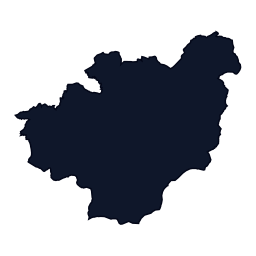 the district of Valea Lunga, Dâmbovita, Romania
{"feature_id": "2599482B2007717894354", "entity_name": "Valea Lunga", "entity_type": "district", "adm_level": 2, "iso_a3": "ROU", "parent_name": "Romania", "parent_adm1": "Dâmbovita", "projection": "orthographic", "projection_center": [25.56, 45.063], "detail": "fine", "context": "isolated", "style": "filled", "palette": "ink", "viewbox_px": 256, "rotation_deg": 0, "n_neighbors": 0, "source": "geoboundaries", "source_scale": "gbopen_adm2", "svg_char_len": 5628}
<svg xmlns="http://www.w3.org/2000/svg" viewBox="0 0 256 256"><path d="M138.6,223.4L139.0,221.8L140.0,220.4L141.0,218.4L144.4,215.1L150.9,213.1L152.8,211.4L155.4,209.9L159.2,209.5L159.8,208.7L160.6,206.4L160.8,205.1L161.4,203.5L161.8,201.4L162.1,199.7L161.6,195.6L162.4,191.9L163.6,189.4L165.1,187.6L167.1,185.8L167.8,185.6L168.0,183.8L171.0,180.4L175.0,180.3L178.2,177.6L182.7,173.1L185.9,170.7L189.9,168.8L192.2,168.4L196.0,168.4L197.7,168.9L199.2,168.7L199.7,169.1L203.6,170.0L204.6,169.7L205.1,167.5L205.5,166.8L207.2,165.8L209.0,162.8L210.2,161.7L210.4,160.4L210.8,159.9L209.0,154.3L207.4,151.9L211.7,149.6L213.2,149.1L213.5,148.6L214.6,148.1L215.0,147.6L214.9,146.9L216.3,146.6L216.7,145.5L217.4,144.9L218.5,143.1L218.3,141.8L218.6,141.3L218.5,140.1L218.6,139.4L218.4,137.9L218.8,137.0L218.5,136.2L219.2,135.7L219.6,135.0L220.3,134.6L220.4,134.2L219.8,133.5L219.8,132.7L220.3,130.1L221.0,128.9L217.9,125.0L218.4,123.7L218.5,122.2L218.9,121.6L219.1,120.4L220.0,118.9L220.0,115.1L221.6,113.7L222.4,112.5L222.5,112.1L223.3,111.3L224.0,109.6L225.3,108.7L225.7,107.1L227.2,105.9L226.3,105.0L225.4,103.3L225.3,100.3L226.0,97.6L226.8,96.5L226.4,95.0L227.3,93.6L228.0,90.1L224.4,86.7L224.5,85.8L223.2,84.6L223.5,83.7L223.4,82.7L222.3,81.1L217.9,78.4L219.0,77.2L219.2,75.9L220.8,74.9L222.6,74.4L223.2,73.6L224.9,72.7L227.7,71.8L232.9,72.0L235.2,73.8L236.2,74.0L236.9,73.7L238.4,72.1L239.8,69.9L240.4,68.3L240.6,67.2L240.2,64.5L238.9,63.0L238.2,61.6L238.3,60.8L238.1,59.8L237.0,56.7L235.5,55.4L235.2,54.2L233.6,53.4L232.8,52.4L232.9,50.1L233.7,47.5L232.6,44.2L232.2,40.3L231.4,40.2L229.2,38.8L228.2,38.5L226.5,38.5L225.4,37.8L223.0,37.6L221.7,36.5L219.3,36.3L217.6,36.7L216.1,36.3L216.2,35.9L218.2,33.8L217.7,32.7L216.3,31.9L216.4,32.6L216.1,33.0L215.3,32.4L214.6,32.6L213.1,33.5L212.1,34.5L211.2,34.8L210.8,35.3L207.8,36.5L207.0,37.5L206.4,37.5L204.9,36.4L203.8,36.4L202.9,36.1L201.7,36.5L200.7,35.4L197.9,35.9L195.6,36.8L195.8,37.8L195.6,38.3L194.1,38.3L192.3,39.9L190.9,40.5L190.6,42.4L190.2,42.9L187.7,44.9L186.2,46.9L183.7,49.2L183.5,50.0L184.6,52.6L184.4,53.3L181.9,55.4L181.5,56.3L181.6,58.0L181.3,58.8L174.9,65.5L172.8,67.4L170.8,68.6L170.1,68.5L166.9,66.2L164.2,64.9L160.4,64.2L159.3,62.7L157.8,61.6L156.4,59.5L156.3,58.0L155.3,56.6L154.5,56.4L152.0,57.1L149.3,57.2L149.0,58.9L148.3,58.9L143.8,57.1L141.9,56.7L141.8,57.5L142.0,58.4L141.2,59.1L141.0,59.5L141.7,60.4L141.8,60.8L140.4,59.9L138.0,59.1L137.5,59.5L137.4,60.9L137.1,61.7L132.8,62.0L131.1,61.7L124.1,61.6L120.8,64.7L121.1,62.4L121.2,58.9L120.8,58.4L120.2,56.7L118.9,54.3L119.0,52.8L118.4,52.3L116.9,51.8L115.1,51.6L114.3,52.0L111.4,52.2L110.0,52.9L109.0,54.3L108.0,54.5L104.7,54.1L103.9,53.7L103.1,52.6L102.7,52.7L101.3,53.7L97.3,55.1L94.5,58.0L94.4,58.3L94.6,59.6L95.2,62.1L95.6,63.3L95.1,63.6L95.0,64.0L94.4,64.1L93.9,64.8L93.1,65.1L92.6,66.2L91.5,66.9L85.0,70.6L85.7,72.1L86.1,71.8L86.6,72.0L86.7,72.3L86.4,72.7L88.0,72.8L88.1,73.1L87.4,73.9L88.0,74.6L88.0,75.2L88.6,75.3L88.9,75.7L89.0,76.1L88.7,77.0L89.0,77.5L92.5,78.0L92.9,77.8L92.3,77.3L92.7,76.7L93.0,76.7L93.9,77.2L94.0,78.0L94.3,78.2L94.6,77.8L94.4,77.2L94.6,76.8L95.5,77.5L96.2,79.6L97.4,80.3L98.8,80.5L98.7,82.2L99.8,83.8L100.2,83.9L100.9,83.4L101.2,83.8L101.3,84.7L101.1,84.8L101.0,85.5L100.6,85.9L100.5,86.6L100.6,87.3L101.9,87.8L100.8,89.1L101.8,89.3L102.2,89.7L101.7,90.9L101.8,91.8L101.4,92.7L99.5,93.9L97.3,93.1L93.9,92.5L92.7,93.0L90.7,92.2L89.6,92.1L89.0,91.3L88.3,91.3L87.0,90.4L84.6,89.2L83.7,88.1L82.8,86.4L82.8,86.1L79.7,84.8L78.2,83.3L76.4,83.1L72.4,84.5L68.0,84.5L67.2,86.1L67.4,87.7L67.1,88.4L67.3,89.1L66.9,91.0L66.3,91.8L65.9,90.9L65.3,90.8L64.3,91.1L64.2,92.6L63.1,94.7L63.0,95.9L62.4,97.4L63.4,97.7L63.1,98.4L62.9,98.8L60.4,98.0L60.3,98.4L60.7,101.7L59.9,103.7L59.8,105.1L56.8,107.2L56.6,107.6L56.7,108.5L55.7,108.8L55.5,109.1L55.6,109.5L54.8,109.1L53.6,107.2L54.3,105.7L52.9,105.7L51.8,106.6L50.8,106.9L50.5,106.9L49.9,106.2L47.8,106.7L47.2,106.2L46.9,105.5L44.9,104.1L41.9,105.5L41.5,106.5L40.8,104.3L40.0,103.5L38.8,103.9L38.0,105.0L37.8,105.8L37.1,106.3L36.3,107.4L35.6,107.7L33.5,106.9L32.9,107.7L31.4,108.8L30.4,109.1L29.8,109.8L29.6,110.5L28.3,111.4L24.2,111.9L23.3,111.6L22.4,112.2L20.4,112.4L17.8,114.6L15.4,115.3L17.3,117.5L18.0,118.0L19.0,118.1L19.5,118.6L20.4,118.4L21.5,119.1L21.7,118.7L22.9,118.5L24.4,119.0L25.3,118.6L27.8,118.7L29.5,119.7L26.9,121.6L26.1,123.7L25.3,124.7L25.4,126.7L24.5,128.0L24.0,129.2L20.6,131.7L21.0,133.3L22.0,134.2L21.9,134.4L21.1,134.3L21.5,134.7L21.0,135.3L22.8,134.9L23.7,134.5L23.8,135.2L24.5,135.0L26.1,135.1L26.0,135.8L26.3,136.5L25.9,137.3L26.2,137.8L26.1,139.0L26.2,139.3L28.9,139.5L29.0,141.1L29.8,142.5L30.6,145.0L30.7,146.3L31.3,149.1L31.7,152.7L31.6,155.1L31.0,156.8L29.2,158.7L29.1,159.4L28.8,159.6L28.9,160.8L28.3,161.5L28.2,161.8L28.3,162.0L36.1,166.8L37.5,167.0L39.7,168.2L40.8,168.4L43.4,171.0L44.1,171.3L44.7,171.1L46.1,169.9L46.7,169.8L49.3,167.9L49.9,167.9L50.6,168.9L50.8,171.9L51.5,173.6L51.0,175.4L51.2,175.8L51.2,177.5L53.6,179.9L55.9,180.4L57.5,180.0L58.9,180.1L63.0,178.0L65.4,177.2L66.0,176.6L68.2,176.8L68.7,175.9L71.1,175.0L74.5,175.3L75.3,175.6L76.6,176.7L76.9,178.0L77.5,179.1L77.5,180.9L76.9,182.0L76.8,182.9L77.5,184.4L80.2,186.7L81.9,187.6L82.6,187.4L83.5,187.9L86.6,187.1L90.8,188.6L91.6,190.8L92.2,197.2L92.6,198.9L92.0,200.3L91.9,201.8L91.5,202.7L90.7,203.2L88.9,206.8L88.8,209.0L89.2,210.6L88.2,212.5L88.2,213.9L89.3,217.0L88.8,219.1L91.3,217.7L93.2,217.0L94.0,217.1L97.1,216.3L98.5,216.5L100.7,216.3L104.5,216.5L111.0,219.0L112.7,218.6L116.2,218.7L117.1,219.2L117.7,219.9L119.3,223.3L120.7,224.1L122.4,223.9L128.7,221.3L132.6,223.1L138.6,223.4Z" fill="#0f172a" stroke="#020617" stroke-width="1.5"/></svg>